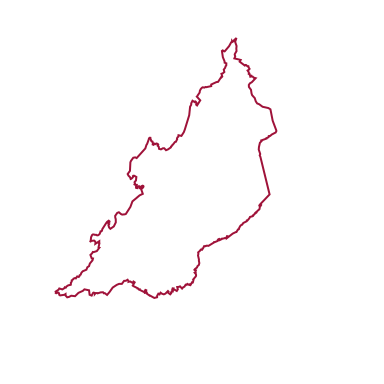 NCR, Second District, Quezon City, Philippines (Equal Earth projection), rotated 210°
{"feature_id": "2640588B12869096786612", "entity_name": "NCR, Second District", "entity_type": "district", "adm_level": 2, "iso_a3": "PHL", "parent_name": "Philippines", "parent_adm1": "Quezon City", "projection": "equal_earth", "projection_center": [121.081, 14.655], "detail": "fine", "context": "isolated", "style": "outline", "palette": "rose", "viewbox_px": 384, "rotation_deg": 210, "n_neighbors": 0, "source": "geoboundaries", "source_scale": "gbopen_adm2", "svg_char_len": 6030}
<svg xmlns="http://www.w3.org/2000/svg" viewBox="0 0 384 384"><g transform="rotate(210 192 192)"><path d="M149.8,287.5L157.8,294.1L165.4,302.8L167.8,302.9L173.5,301.1L177.6,301.6L179.9,301.3L182.1,302.4L184.6,304.7L188.3,305.9L189.7,307.1L192.0,310.0L195.2,311.4L196.3,313.1L196.2,315.0L195.1,317.0L193.8,322.4L195.5,322.0L195.5,321.8L197.3,322.3L198.9,321.8L198.8,321.2L199.0,321.1L199.2,322.2L200.0,321.8L201.3,323.1L201.9,322.7L202.6,324.0L204.6,325.0L203.9,326.3L203.7,327.4L205.1,328.1L206.1,329.1L206.8,328.6L208.6,329.0L209.3,328.7L209.5,327.9L215.9,328.7L215.9,330.7L222.1,328.9L222.4,331.1L223.7,332.3L223.9,333.0L223.9,336.3L225.3,338.3L226.4,340.7L229.7,343.6L230.5,347.6L231.3,345.0L231.0,345.0L231.9,342.4L232.8,342.8L232.6,342.4L232.9,341.2L232.8,336.9L234.0,330.2L234.3,329.9L236.2,330.0L236.6,329.1L232.7,324.2L229.1,321.4L228.4,320.3L226.6,320.6L225.6,318.7L225.8,317.7L225.4,316.1L225.7,313.9L224.0,312.1L224.7,310.1L225.6,309.1L223.5,307.1L223.9,305.6L224.2,305.7L224.5,300.4L225.8,299.4L229.1,294.7L228.3,293.3L232.2,289.8L232.8,289.7L233.6,288.5L235.0,288.1L235.5,287.3L235.9,285.6L235.8,283.6L235.1,281.9L235.4,278.3L235.3,277.7L235.5,277.0L230.7,275.5L230.9,269.5L232.0,269.7L231.9,271.3L233.7,271.2L233.8,272.0L234.5,272.1L234.8,271.8L234.9,271.2L237.2,271.3L237.0,268.4L236.3,267.1L236.3,264.9L232.8,257.1L229.5,242.7L229.0,239.8L229.2,235.3L232.1,234.4L231.5,233.0L231.9,232.0L231.8,230.9L231.2,230.2L231.2,228.6L231.0,227.6L231.8,226.7L232.2,223.5L232.5,223.2L232.5,221.8L232.9,220.9L232.6,220.1L234.1,216.9L235.4,215.2L237.9,216.0L239.0,215.4L240.2,213.4L242.1,212.9L243.5,214.6L244.9,214.9L244.9,216.1L245.7,216.5L246.9,216.3L247.4,215.3L248.5,215.3L248.9,214.8L248.7,214.2L248.9,213.6L249.8,213.5L250.3,214.9L251.2,215.7L251.4,215.5L251.9,215.9L253.0,215.9L254.0,217.0L255.0,217.6L255.2,218.1L255.7,217.9L256.1,216.9L255.8,216.2L254.9,211.2L255.0,210.0L254.2,206.4L256.9,193.7L258.5,193.6L260.0,192.3L260.4,188.4L260.2,186.9L256.3,179.3L256.7,175.4L255.2,174.4L253.0,173.8L251.6,172.6L251.1,173.2L250.7,174.6L250.6,175.7L251.1,176.2L251.0,176.7L250.1,177.2L247.7,177.2L246.3,173.9L246.7,172.1L246.5,171.5L245.7,171.0L245.6,169.8L244.9,169.8L243.5,170.5L243.1,168.4L242.4,167.6L241.1,168.1L241.2,168.7L241.8,169.7L240.7,170.6L239.9,170.6L239.0,169.2L238.5,169.2L238.2,169.9L238.6,171.3L238.5,172.0L237.9,172.8L237.2,172.9L236.8,172.6L236.6,171.6L237.4,169.0L233.7,165.8L235.7,162.9L238.9,154.1L237.9,148.3L238.3,139.9L239.0,139.1L241.2,137.5L242.5,137.4L245.2,137.9L246.3,136.5L246.6,132.9L245.6,131.4L244.5,130.4L242.8,127.6L242.5,123.1L244.3,119.3L246.0,119.8L247.7,121.4L247.7,122.7L248.4,122.6L248.9,123.0L248.5,124.9L248.7,125.3L249.8,125.5L250.6,123.7L250.8,121.9L251.1,115.0L250.6,113.4L251.0,112.4L251.5,112.2L251.0,109.6L251.3,108.5L251.7,107.6L252.5,107.0L253.7,107.0L254.5,106.4L255.9,106.1L256.6,105.7L257.0,104.8L256.8,102.4L255.5,99.5L255.2,97.6L255.0,99.1L252.5,101.0L251.1,100.7L250.3,100.0L249.8,98.8L247.7,103.0L247.2,102.1L247.6,101.2L246.5,101.2L245.3,97.3L244.9,97.1L244.4,97.3L244.9,93.2L247.1,90.8L247.9,90.5L247.9,88.8L248.5,86.7L245.7,84.4L244.5,84.9L244.0,83.1L244.7,79.0L244.1,76.3L245.0,74.5L244.6,71.9L247.0,68.7L247.4,66.7L247.1,64.8L247.7,63.6L247.4,62.8L247.6,61.8L249.2,61.5L249.4,59.1L250.2,59.1L251.3,57.7L251.2,57.0L252.0,55.3L251.4,54.4L251.5,52.6L250.9,51.9L250.6,51.0L252.5,49.3L253.5,47.3L253.4,46.2L254.0,45.6L254.5,45.7L254.5,44.8L255.6,42.8L258.7,42.1L258.7,40.7L260.3,37.6L259.7,37.2L259.5,36.4L259.0,36.4L257.7,38.0L257.2,38.1L256.4,37.7L255.6,36.6L254.5,36.5L251.1,39.2L250.5,40.4L249.7,39.1L247.4,38.4L246.1,39.6L244.7,41.8L241.2,43.3L239.9,47.9L237.1,51.8L236.5,53.9L232.0,55.4L229.3,51.8L227.1,52.1L227.2,55.3L226.9,55.7L225.5,56.0L225.1,55.2L224.9,56.3L223.6,57.1L223.1,57.0L220.8,59.5L218.9,60.7L217.7,60.2L217.0,60.8L214.1,60.4L213.4,64.2L212.9,69.6L210.7,74.0L209.2,76.0L206.8,77.4L206.4,81.1L204.9,82.0L203.9,83.8L202.1,82.8L202.0,82.5L200.9,83.6L197.9,83.6L197.9,85.2L196.5,85.1L196.5,81.3L195.8,81.2L190.9,81.5L190.8,81.2L190.0,81.4L189.3,81.0L188.6,81.5L188.4,81.1L183.4,81.4L183.4,83.9L182.8,84.0L182.8,83.7L182.0,83.4L181.9,81.5L181.2,82.1L180.5,82.0L180.3,81.4L177.0,81.1L177.0,81.3L171.7,81.4L169.6,83.4L170.2,84.5L170.3,84.2L170.3,87.1L168.9,87.1L168.9,89.1L167.1,88.9L165.2,89.3L164.2,90.7L163.3,94.2L162.6,94.0L162.7,92.9L159.7,92.5L159.4,93.9L159.9,94.4L159.9,95.6L158.9,96.0L159.0,96.6L160.3,97.5L160.6,98.9L159.7,99.3L159.3,98.2L157.9,98.7L155.7,98.7L155.6,100.6L157.3,102.3L155.9,103.3L155.2,104.3L152.3,103.4L152.0,105.1L151.2,106.2L151.2,108.2L151.0,108.7L150.6,108.6L150.2,109.6L149.9,109.6L149.9,110.1L148.2,110.1L147.9,110.7L147.5,110.3L146.8,110.5L146.8,113.4L146.5,113.3L146.0,114.0L146.9,117.1L147.2,117.1L146.5,120.9L146.9,122.1L147.6,122.8L149.2,123.4L148.6,124.1L149.1,124.5L149.4,125.9L150.0,125.6L151.0,125.8L150.9,126.8L149.9,129.2L150.2,130.4L149.6,132.2L150.1,134.1L151.6,135.8L152.3,137.1L155.1,140.1L155.5,141.6L156.4,142.6L156.4,143.2L155.8,144.6L155.6,146.5L154.5,146.9L154.7,148.1L154.3,148.3L154.3,149.8L154.5,151.0L154.0,151.3L153.7,151.8L153.2,151.8L152.3,153.0L150.8,153.6L147.7,159.3L148.3,159.3L148.5,159.3L148.0,159.3L147.9,159.7L147.2,160.0L145.4,162.3L145.7,163.2L145.6,164.1L145.2,164.7L144.2,163.9L143.6,164.7L143.7,165.1L143.4,165.1L142.7,166.0L142.8,166.5L141.2,167.7L140.5,168.6L139.4,168.9L139.6,171.3L138.7,171.6L138.4,170.3L135.9,176.4L133.8,179.5L133.5,179.6L133.5,182.5L133.0,182.8L132.8,183.4L133.2,184.6L133.2,186.9L132.7,188.4L132.2,188.8L132.1,190.8L130.0,194.0L130.3,194.8L129.7,195.2L129.2,198.0L129.3,199.4L127.6,201.1L127.6,202.1L127.4,202.5L127.1,202.4L127.0,203.8L126.1,206.0L126.6,206.0L125.0,210.9L125.9,213.4L126.9,213.8L127.0,214.2L126.7,215.6L125.6,215.2L125.6,215.4L126.7,215.9L123.6,228.7L150.4,256.7L151.7,257.6L151.9,259.0L155.4,262.1L156.5,264.4L157.8,268.6L157.2,270.9L157.8,271.3L154.6,275.0L154.3,275.4L154.6,275.6L154.5,275.8L153.1,277.7L153.5,278.8L152.3,279.7L151.7,281.6L149.3,285.4L149.4,286.9L149.8,287.5Z" fill="none" stroke="#9f1239" stroke-width="2"/></g></svg>